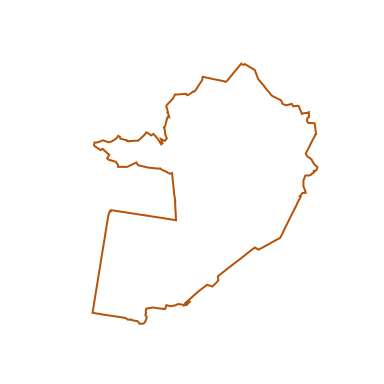 Dzelzavas pag., Madona, Latvia, rotated 66°
{"feature_id": "27541924B55159579541929", "entity_name": "Dzelzavas pag.", "entity_type": "district", "adm_level": 2, "iso_a3": "LVA", "parent_name": "Latvia", "parent_adm1": "Madona", "projection": "mercator", "projection_center": [26.465, 56.987], "detail": "fine", "context": "isolated", "style": "outline", "palette": "amber", "viewbox_px": 384, "rotation_deg": 66, "n_neighbors": 0, "source": "geoboundaries", "source_scale": "gbopen_adm2", "svg_char_len": 5506}
<svg xmlns="http://www.w3.org/2000/svg" viewBox="0 0 384 384"><g transform="rotate(66 192 192)"><path d="M292.9,242.5L292.1,240.7L291.3,238.7L291.2,238.8L291.2,243.7L290.7,243.4L289.8,240.3L287.5,233.1L287.0,231.8L286.8,230.8L285.8,227.8L284.7,223.5L282.9,216.0L285.2,213.3L285.3,213.0L286.6,211.9L285.4,208.3L283.5,203.9L279.5,202.6L278.7,199.3L277.3,193.9L276.7,191.5L276.6,191.4L274.4,182.2L274.3,181.8L272.4,173.8L272.1,172.8L272.0,172.2L271.8,171.6L271.6,170.5L271.0,168.2L270.4,166.1L269.9,164.1L269.7,163.4L269.4,162.3L269.2,161.5L268.8,159.2L268.3,157.1L271.7,154.8L271.5,151.3L271.3,147.9L271.2,147.8L270.9,143.4L270.3,137.4L270.1,134.6L269.8,130.2L269.3,129.6L268.2,128.1L266.2,125.6L265.2,124.6L261.7,120.5L260.7,119.2L252.6,109.4L252.2,108.9L251.9,108.5L250.2,106.4L246.7,102.1L244.5,99.8L243.1,97.9L240.5,94.6L240.0,94.8L239.7,95.1L239.6,94.7L239.4,94.2L238.9,93.5L238.2,92.3L238.0,91.9L238.0,91.5L237.9,91.2L238.0,91.1L238.9,88.6L239.0,88.5L238.9,88.4L238.1,88.2L237.8,88.2L231.7,87.8L230.1,86.9L227.1,85.7L226.2,84.9L225.6,84.2L225.3,84.0L224.5,83.2L223.7,82.5L223.3,82.1L223.2,81.8L223.1,81.6L223.2,81.2L223.3,80.9L224.0,79.5L224.5,78.6L224.6,77.1L224.7,76.5L224.1,75.0L223.9,74.7L224.0,74.3L224.0,73.9L223.9,73.8L223.9,73.6L223.8,73.4L223.8,73.1L223.7,72.7L223.4,72.4L223.2,72.2L222.5,72.3L222.4,72.3L222.1,72.1L222.1,71.9L222.2,71.6L222.4,71.3L222.6,71.2L222.7,70.8L222.7,70.7L222.8,70.6L222.8,70.4L222.9,70.2L222.8,69.9L222.7,69.8L222.7,69.7L222.4,69.3L221.4,68.0L220.2,67.3L218.9,68.0L217.8,68.4L216.3,69.1L216.1,69.2L210.5,69.6L208.3,71.0L206.6,72.0L205.6,72.4L203.1,72.4L203.0,72.2L202.6,71.8L200.2,68.8L198.7,66.8L196.0,63.7L192.9,59.8L192.3,59.1L191.7,57.9L189.8,56.3L189.7,55.2L185.5,53.9L181.5,52.6L179.1,52.0L178.3,53.5L176.2,57.7L173.8,58.1L172.2,57.0L171.4,56.5L171.0,54.4L168.1,53.4L166.6,52.8L166.6,53.8L166.6,54.9L165.9,56.5L165.8,56.8L165.5,57.9L165.3,58.7L165.3,59.0L165.4,59.8L162.8,59.7L160.7,59.7L156.6,59.6L156.4,60.1L155.6,62.5L154.9,64.7L152.1,65.0L151.3,69.9L151.1,70.8L149.4,72.3L148.5,73.4L146.5,73.4L145.7,73.3L145.3,73.3L144.5,73.4L143.9,73.8L143.5,74.1L141.0,76.3L139.8,77.2L138.9,78.0L138.6,78.3L137.0,79.5L135.4,80.3L133.7,80.6L131.6,81.2L129.1,82.0L127.6,82.4L126.1,82.8L123.7,83.3L115.9,85.6L115.6,85.6L111.2,85.4L110.9,85.3L110.0,85.0L109.9,85.0L109.6,85.3L107.5,85.1L106.0,85.0L102.3,87.7L96.6,91.7L96.6,91.8L96.7,92.3L96.8,92.7L96.7,93.2L96.5,93.6L96.0,94.2L95.2,94.9L94.9,94.9L96.3,97.9L97.4,100.0L98.5,102.4L103.7,112.8L103.9,113.1L105.0,115.4L104.9,116.0L104.9,116.8L104.4,117.2L104.1,117.5L103.9,117.6L102.8,119.2L100.3,122.6L99.5,123.8L97.9,126.1L97.2,127.0L92.8,133.1L91.1,135.4L93.8,137.2L94.1,137.5L94.4,137.9L98.5,144.4L99.6,145.9L100.5,147.3L100.7,147.9L100.9,148.5L101.1,149.1L101.1,149.7L100.9,149.9L100.7,150.1L100.7,150.3L100.8,150.3L101.8,155.4L101.5,156.8L101.5,157.2L99.9,157.4L96.7,166.4L96.1,167.6L96.3,167.9L96.2,168.0L98.9,171.5L100.1,174.3L100.4,175.1L102.6,180.2L102.8,180.4L103.5,180.6L104.0,180.8L104.5,180.9L104.9,180.8L105.7,180.9L106.4,181.0L107.6,181.2L109.2,181.5L109.3,181.8L109.4,181.7L111.1,182.0L113.3,182.2L114.5,182.3L113.7,184.0L118.4,187.8L121.2,190.0L121.5,191.4L123.6,191.5L128.5,193.0L132.8,193.2L133.6,194.8L134.3,196.1L131.0,198.8L133.6,199.0L135.6,199.2L135.6,199.8L135.9,200.7L129.7,201.6L123.3,203.5L123.7,206.2L119.2,209.0L118.9,209.6L120.3,211.7L123.2,220.1L119.5,229.9L119.4,230.0L119.5,230.0L119.1,230.6L118.3,230.4L117.4,231.6L115.1,234.6L114.5,235.2L113.9,235.8L112.4,235.4L110.7,236.6L111.0,237.0L111.5,237.8L112.0,238.8L112.3,239.4L112.6,240.9L112.7,241.5L113.0,243.8L113.1,244.7L113.1,245.7L112.9,246.4L112.6,248.0L112.3,248.4L108.9,251.9L108.5,252.6L108.5,253.8L108.4,256.7L108.3,257.2L108.2,257.9L108.1,258.5L108.1,258.8L107.9,259.2L107.7,259.7L107.4,260.2L107.2,261.0L109.4,262.5L110.2,262.4L110.7,262.2L113.4,260.4L116.5,258.6L116.2,256.7L116.4,255.9L117.4,255.6L118.6,255.2L119.7,254.6L124.3,252.5L126.2,255.0L126.7,255.8L128.7,254.9L133.3,249.4L137.0,248.6L139.0,249.3L142.4,241.7L142.6,241.0L142.7,240.6L142.4,230.8L142.7,230.8L145.4,230.5L145.5,230.5L148.6,226.4L151.6,222.5L152.9,220.3L157.2,212.8L157.2,212.7L157.4,211.6L159.2,210.6L159.6,210.2L159.8,210.1L160.1,209.8L160.8,209.2L161.9,208.2L162.7,207.6L166.3,204.8L166.6,202.5L168.7,203.2L171.2,204.1L178.6,206.5L180.6,207.1L185.0,208.6L187.1,209.3L189.3,209.8L190.4,210.1L193.1,210.9L193.0,211.0L194.2,211.5L204.4,215.5L204.5,215.5L204.5,215.4L205.6,215.9L211.3,218.1L206.9,224.7L206.9,224.8L205.2,227.5L204.5,228.4L200.3,235.0L197.8,238.9L193.4,245.6L193.5,245.6L175.7,273.2L176.5,273.9L176.8,274.3L176.1,275.0L179.5,278.0L188.1,283.7L197.8,290.0L202.0,292.8L261.9,332.0L264.6,327.9L266.8,324.4L267.0,324.4L270.6,318.7L277.4,308.0L279.1,305.5L279.3,305.2L279.2,305.1L279.9,304.1L280.3,303.8L280.9,303.5L281.4,303.3L281.6,303.2L281.8,303.0L282.2,302.8L282.6,302.4L282.8,302.1L283.0,301.7L282.9,301.3L282.9,301.1L283.0,300.9L284.8,298.7L284.7,298.7L285.1,298.3L288.0,294.2L291.1,293.5L291.1,293.0L291.4,292.5L292.0,291.3L292.3,290.2L292.3,289.4L292.2,288.8L292.1,288.5L291.9,288.2L290.9,287.0L289.9,285.9L289.3,285.3L288.9,284.9L287.4,284.1L285.6,284.7L285.4,284.7L283.7,283.0L282.9,283.2L280.0,281.3L280.6,278.7L280.8,277.7L281.2,276.4L281.5,274.9L282.9,272.7L288.0,264.3L288.0,264.2L287.6,263.8L287.5,263.6L287.4,263.6L285.0,261.4L285.2,261.2L287.4,258.3L288.0,257.0L288.2,255.8L288.4,254.4L288.5,254.3L288.8,253.8L288.7,250.2L291.6,245.6L292.3,245.8L292.7,242.5L292.9,242.5Z" fill="none" stroke="#b45309" stroke-width="2"/></g></svg>